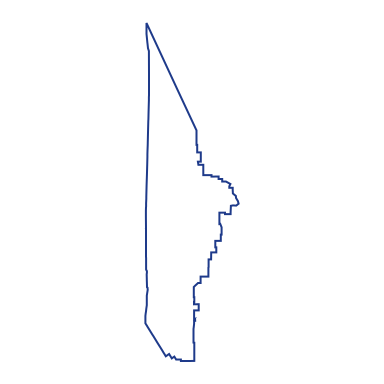 Westonia, Western Australia, Australia (Natural Earth projection)
{"feature_id": "25037944B31947016083721", "entity_name": "Westonia", "entity_type": "district", "adm_level": 2, "iso_a3": "AUS", "parent_name": "Australia", "parent_adm1": "Western Australia", "projection": "natural_earth1", "projection_center": [118.672, -30.879], "detail": "fine", "context": "isolated", "style": "outline", "palette": "blue", "viewbox_px": 384, "rotation_deg": 0, "n_neighbors": 0, "source": "geoboundaries", "source_scale": "gbopen_adm2", "svg_char_len": 2695}
<svg xmlns="http://www.w3.org/2000/svg" viewBox="0 0 384 384"><path d="M194.3,360.9L194.3,342.7L193.5,342.6L193.5,328.9L193.7,327.5L194.1,323.8L194.1,320.8L195.2,320.8L195.2,320.7L195.1,320.2L195.1,319.7L194.9,319.8L194.7,319.8L194.6,319.7L194.3,319.7L194.4,319.4L194.5,319.2L194.1,319.4L194.1,310.5L194.1,310.4L198.7,310.4L198.7,307.9L198.7,304.2L194.0,304.3L194.0,302.0L194.0,301.9L194.3,301.9L194.3,297.2L193.8,297.2L193.8,292.5L193.8,291.2L193.8,289.1L193.8,287.0L194.5,286.3L195.2,285.6L197.3,283.7L198.0,283.0L200.6,283.0L200.6,281.2L200.6,276.6L202.1,276.6L208.4,276.6L208.4,269.8L208.4,267.5L208.6,267.2L208.6,259.4L211.1,259.4L211.2,252.4L216.3,252.4L216.3,247.3L215.3,247.3L215.3,240.9L218.5,240.9L220.8,240.9L220.8,236.9L220.8,234.6L221.6,234.6L221.6,230.1L221.6,227.3L220.2,223.8L219.4,224.0L219.4,212.7L225.0,212.7L225.0,214.1L229.6,214.1L230.6,214.1L230.6,212.5L230.9,205.8L233.0,205.4L236.2,205.6L238.6,203.7L237.9,201.0L237.7,200.8L236.0,197.9L235.9,196.0L232.9,193.5L232.7,189.7L232.7,187.8L229.3,187.8L229.3,186.3L230.4,184.0L225.9,181.5L222.2,181.5L222.2,179.0L218.6,179.0L218.6,176.5L212.5,176.6L211.5,176.6L211.5,175.1L203.3,175.1L203.3,170.9L203.3,168.3L203.3,164.8L198.4,164.8L197.9,161.7L198.0,161.7L200.8,161.7L200.8,155.4L200.8,152.4L197.2,152.4L197.2,144.9L196.5,144.9L196.5,143.1L196.5,130.4L184.2,104.1L177.0,88.7L146.5,23.0L146.5,26.1L146.5,33.9L147.4,42.9L147.5,43.6L148.0,48.3L148.9,51.0L149.0,73.6L149.0,84.4L149.0,95.3L148.9,97.1L148.9,100.4L148.8,103.6L148.6,110.8L148.4,119.4L148.3,120.9L148.0,132.7L147.7,145.6L147.5,150.7L147.4,154.3L147.4,157.0L147.2,165.3L147.0,172.6L146.8,178.8L146.7,181.8L146.6,184.8L146.4,192.8L146.3,196.9L146.3,198.7L146.1,203.2L146.1,205.7L146.1,206.4L146.0,207.4L145.9,210.5L145.9,211.4L145.9,214.5L145.9,217.3L146.0,228.1L145.9,228.6L146.0,228.8L146.0,253.6L146.0,256.6L146.0,257.1L146.1,257.7L146.1,258.8L146.1,265.8L146.1,267.5L146.1,268.4L146.1,269.5L146.3,270.0L146.9,271.1L146.9,272.9L146.7,274.0L146.7,275.0L146.8,278.9L146.8,279.8L146.9,282.8L147.0,287.2L147.5,287.6L147.7,289.8L147.4,291.7L146.8,295.6L146.8,296.1L146.8,297.1L146.8,301.8L146.8,302.5L146.8,303.9L146.8,305.2L146.7,305.9L146.3,308.7L146.0,311.5L145.7,313.3L145.5,315.1L145.4,315.9L145.4,317.1L145.4,317.3L145.4,319.7L145.4,322.4L145.4,323.1L145.4,323.3L146.5,325.1L146.8,325.5L147.2,326.2L147.4,326.6L147.6,326.9L149.9,330.6L152.1,334.2L152.7,335.1L153.3,336.0L154.4,337.8L155.5,339.6L157.2,342.4L160.1,347.0L162.4,350.7L163.5,352.6L164.1,353.5L165.8,356.3L169.1,354.0L171.8,358.4L172.6,357.8L174.3,356.6L175.7,358.8L176.1,359.5L180.9,359.5L180.9,361.0L182.7,361.0L189.1,361.0L190.0,361.0L194.3,360.9Z" fill="none" stroke="#1e3a8a" stroke-width="2"/></svg>